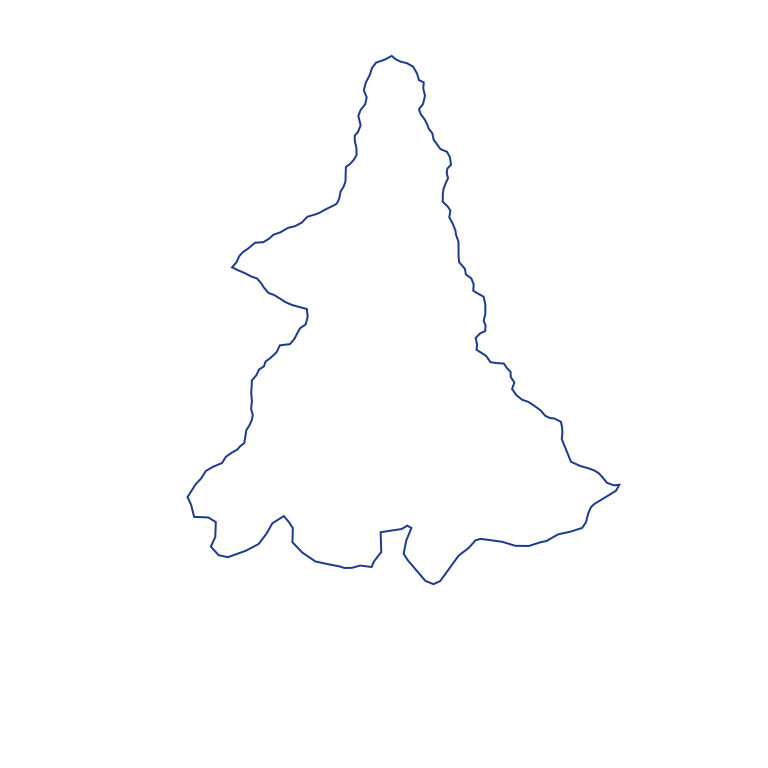 São Sebastião do Umbuzeiro, Paraíba, Brazil, rotated 317°
{"feature_id": "56859067B31063935588201", "entity_name": "São Sebastião do Umbuzeiro", "entity_type": "district", "adm_level": 2, "iso_a3": "BRA", "parent_name": "Brazil", "parent_adm1": "Paraíba", "projection": "orthographic", "projection_center": [-36.999, -8.158], "detail": "fine", "context": "isolated", "style": "outline", "palette": "blue", "viewbox_px": 768, "rotation_deg": 317, "n_neighbors": 0, "source": "geoboundaries", "source_scale": "gbopen_adm2", "svg_char_len": 2962}
<svg xmlns="http://www.w3.org/2000/svg" viewBox="0 0 768 768"><g transform="rotate(317 384 384)"><path d="M531.9,182.4L528.1,186.8L524.8,192.5L520.2,197.8L515.0,199.4L509.6,199.9L504.2,199.3L499.8,203.6L494.2,209.4L489.2,212.1L483.5,213.6L477.8,217.8L472.5,219.9L467.6,218.7L459.6,216.2L453.2,214.7L448.3,212.6L442.1,209.4L433.8,209.9L426.6,207.9L420.2,204.3L411.6,202.4L404.9,199.4L398.8,199.3L392.5,198.0L386.1,192.8L377.6,192.3L370.8,191.3L365.2,191.8L359.3,194.3L352.4,195.1L355.0,201.6L357.8,207.9L360.3,215.0L363.1,220.2L362.9,226.2L361.9,231.9L361.6,238.6L364.4,244.1L366.0,249.9L367.8,257.1L370.7,263.6L375.0,270.6L378.7,276.6L374.1,282.7L367.5,287.0L360.6,286.0L355.7,287.5L349.3,289.9L342.3,290.7L338.1,287.5L334.1,284.7L327.2,287.5L318.6,287.5L312.7,286.8L308.3,289.2L302.4,288.2L296.8,290.5L289.7,291.3L285.9,295.2L280.7,300.0L275.9,306.3L269.8,311.6L266.8,317.3L262.9,320.1L257.3,322.5L251.9,323.8L246.7,327.9L241.5,331.9L236.6,331.4L231.8,331.9L225.9,330.4L218.8,329.4L211.6,331.3L202.4,327.9L194.4,326.1L185.7,328.4L178.2,328.8L163.2,332.7L160.6,340.7L154.5,351.7L164.5,361.8L166.8,370.3L156.3,380.8L146.5,384.8L146.3,396.4L151.7,404.2L169.2,411.7L183.1,415.5L196.2,413.3L207.3,409.7L220.7,412.3L220.2,420.8L219.0,427.3L209.1,437.3L209.3,451.6L212.8,467.0L220.5,478.1L226.9,486.8L229.7,491.7L235.2,496.6L242.7,500.5L246.5,505.0L250.1,509.4L255.3,507.0L267.4,505.0L280.5,490.1L298.0,502.1L304.4,503.4L305.8,508.0L293.4,513.7L282.6,521.6L281.2,529.1L280.0,556.2L283.7,564.2L290.8,566.4L321.7,560.4L334.3,561.7L344.2,560.7L349.1,563.2L362.9,580.1L369.7,591.9L379.4,601.2L390.4,606.4L395.7,609.6L408.8,612.7L419.2,618.9L430.7,624.4L437.6,622.8L445.1,617.9L451.4,615.2L456.2,615.2L480.7,620.3L487.3,618.2L483.0,614.8L479.6,608.2L480.2,601.2L480.2,595.6L478.7,590.3L475.6,584.3L471.6,577.8L467.7,568.4L476.4,545.6L481.4,541.1L484.5,537.4L487.6,532.3L485.1,525.5L482.0,521.8L480.2,517.0L480.5,509.9L478.9,501.5L477.3,495.4L474.3,489.8L473.2,482.6L474.3,475.0L480.4,471.8L481.4,465.4L484.8,461.5L484.8,456.0L485.6,450.7L480.5,445.4L476.8,440.6L477.8,433.3L476.4,427.3L475.0,422.1L478.7,419.0L482.5,412.8L488.7,412.5L494.1,414.3L498.2,410.5L500.0,405.8L505.9,401.8L512.3,395.0L516.4,388.1L514.2,381.3L512.9,376.6L517.5,372.4L519.9,366.2L518.6,359.7L521.7,355.0L522.0,346.2L526.0,341.0L530.7,336.0L535.5,330.7L538.4,324.1L541.1,320.1L543.6,313.6L545.4,306.6L550.8,302.5L551.6,297.8L551.3,290.7L556.5,285.3L560.6,281.9L565.8,279.3L571.2,277.2L573.5,272.7L577.3,269.6L582.5,269.4L586.9,263.1L588.4,257.1L585.5,250.8L586.1,245.7L587.0,239.0L590.3,233.7L590.8,228.0L592.6,223.6L594.1,218.6L594.9,211.6L597.0,206.9L603.6,205.8L610.6,201.1L614.2,194.7L618.8,190.5L616.8,185.6L619.9,179.5L621.7,171.8L619.6,165.0L616.1,159.8L614.0,154.4L613.4,149.3L605.8,147.3L597.5,143.6L590.8,144.7L584.3,148.3L576.1,151.2L569.6,155.4L566.8,162.6L561.2,166.5L553.6,167.7L548.0,170.5L543.4,178.8L536.7,182.0L531.9,182.4Z" fill="none" stroke="#1e3a8a" stroke-width="2"/></g></svg>